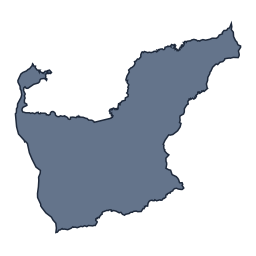 La Gloria, Cesar, Colombia
{"feature_id": "7082276B41841222112107", "entity_name": "La Gloria", "entity_type": "district", "adm_level": 2, "iso_a3": "COL", "parent_name": "Colombia", "parent_adm1": "Cesar", "projection": "orthographic", "projection_center": [-73.641, 8.636], "detail": "fine", "context": "isolated", "style": "filled", "palette": "slate", "viewbox_px": 256, "rotation_deg": 0, "n_neighbors": 0, "source": "geoboundaries", "source_scale": "gbopen_adm2", "svg_char_len": 5715}
<svg xmlns="http://www.w3.org/2000/svg" viewBox="0 0 256 256"><path d="M15.4,113.8L16.6,126.8L18.5,134.0L24.0,140.1L24.7,141.8L25.3,141.3L27.4,143.5L29.4,152.9L32.0,159.1L36.0,167.1L40.4,170.4L40.2,173.3L38.6,177.2L38.8,180.5L38.4,186.9L37.5,193.5L37.6,197.5L40.7,204.2L40.7,205.8L41.9,207.7L45.9,212.9L51.4,217.1L53.1,220.1L55.8,223.2L56.4,228.0L55.9,232.5L57.4,232.1L59.0,230.0L60.2,229.9L62.1,228.6L62.7,229.2L64.7,229.1L67.7,229.7L71.0,228.3L72.9,226.8L73.4,227.3L75.2,227.1L77.2,227.7L80.9,226.3L82.7,226.7L84.7,225.7L86.8,226.6L88.4,225.5L92.8,225.9L94.1,225.4L95.2,225.5L97.1,222.4L97.1,221.5L95.7,220.5L95.8,219.0L96.3,219.0L96.6,218.3L97.5,218.5L97.4,217.9L98.1,217.4L99.3,217.7L99.6,216.3L100.6,215.6L101.1,214.5L102.1,214.2L102.1,212.5L102.6,212.0L107.0,210.3L108.1,210.6L109.2,209.9L110.7,209.8L111.5,210.1L111.2,211.0L111.6,211.3L113.6,210.5L116.0,211.1L119.2,212.8L120.9,212.3L122.5,214.3L124.6,215.2L125.5,214.3L129.2,213.5L129.8,212.9L131.1,212.2L132.4,212.3L133.5,211.4L136.2,211.1L137.8,211.7L141.2,211.5L143.1,208.5L144.0,208.7L144.7,207.2L144.6,206.5L145.5,206.6L145.9,205.9L147.6,206.1L148.0,203.4L149.0,201.5L150.1,200.6L152.0,200.2L152.9,200.7L154.4,200.6L154.8,199.8L156.6,200.8L160.0,199.8L160.4,200.2L161.9,200.2L163.4,198.4L164.0,198.5L165.8,197.2L165.8,195.7L166.4,194.5L167.2,194.6L167.5,193.7L169.3,192.9L170.2,193.0L170.2,192.2L172.9,190.7L173.2,189.8L174.5,188.6L176.6,188.3L178.1,189.0L181.3,189.5L182.4,189.4L183.8,188.0L182.1,185.4L182.7,184.4L182.1,182.7L180.0,182.9L179.5,182.5L178.6,179.7L177.7,178.2L176.2,176.6L172.1,174.6L170.6,170.2L168.6,169.7L166.0,168.3L166.7,164.3L166.6,162.7L166.0,161.5L165.9,158.2L168.9,154.9L166.8,153.4L164.5,150.8L164.9,149.9L163.9,148.7L163.7,146.3L164.0,145.2L163.2,144.3L165.0,140.3L168.7,134.9L170.2,135.1L172.8,134.5L177.6,130.8L180.1,127.0L181.0,123.4L179.5,122.6L180.1,120.3L179.8,117.4L180.1,115.9L183.5,114.0L184.3,112.0L184.4,108.7L186.7,105.0L188.2,104.0L187.8,101.7L188.6,100.2L189.4,99.9L189.2,99.0L190.0,99.0L190.5,98.5L190.9,99.3L192.5,98.2L193.8,99.1L195.3,98.1L195.0,97.4L195.7,97.5L196.4,96.3L195.9,95.4L197.8,93.9L197.8,92.2L199.1,91.9L199.3,93.1L199.8,93.4L200.7,92.4L201.6,92.1L201.9,91.0L202.8,91.3L203.4,90.7L204.1,91.4L207.6,88.4L207.1,87.7L206.4,83.9L207.6,80.5L207.8,77.4L209.8,73.7L209.9,72.3L210.8,71.3L212.6,67.3L215.8,64.2L216.8,64.1L217.7,64.6L220.0,62.2L222.8,61.6L224.5,59.9L224.9,58.7L229.4,58.0L230.2,58.2L233.3,57.4L238.2,57.6L239.1,55.7L239.2,54.3L238.4,50.9L240.6,47.3L240.6,46.0L238.3,45.0L237.7,44.3L236.8,41.9L235.5,40.6L233.6,36.6L233.3,32.2L231.3,29.6L231.8,26.7L231.3,23.5L229.6,27.9L227.8,28.5L226.9,30.0L226.1,30.4L224.0,30.5L222.3,32.6L222.4,33.8L219.2,35.1L218.0,37.1L216.4,38.3L212.1,38.2L210.1,39.2L205.6,40.2L202.9,39.6L200.3,40.5L199.8,41.1L198.7,40.7L197.6,41.0L196.5,40.1L193.9,39.4L191.6,40.0L190.6,40.8L187.4,41.2L186.6,41.5L186.4,42.1L186.0,41.6L185.0,41.4L184.3,42.0L184.4,43.0L183.6,42.8L184.1,43.8L184.0,44.9L183.1,45.5L182.2,44.8L181.4,45.3L182.0,46.2L182.7,46.0L182.9,46.4L181.7,46.8L181.5,47.5L180.9,46.9L180.3,47.1L179.6,48.8L179.9,49.5L179.0,49.5L179.1,50.1L178.4,50.7L177.0,50.6L177.2,49.5L176.4,48.9L175.2,49.4L175.4,48.1L173.7,48.0L175.2,46.6L174.0,45.8L174.2,45.4L175.4,45.2L174.8,44.5L174.2,44.5L173.6,45.3L171.6,44.5L170.8,45.6L170.9,46.8L170.2,46.2L168.2,46.6L167.9,46.1L167.1,46.7L165.0,47.3L164.8,48.8L164.0,49.6L163.1,49.6L162.3,48.9L159.9,49.2L159.3,49.9L158.6,49.6L157.9,50.4L157.1,50.2L157.6,51.3L156.6,51.9L155.6,51.2L153.8,51.4L153.1,52.0L151.1,52.6L149.3,52.2L147.7,52.6L144.3,51.5L143.4,52.5L142.5,51.9L141.8,52.2L140.8,54.7L140.8,56.9L138.7,59.2L137.5,59.0L135.9,61.1L134.5,61.6L135.1,63.2L134.1,65.6L132.1,67.4L130.9,67.9L128.6,70.1L129.3,72.0L127.0,76.0L125.9,79.7L126.2,80.7L127.5,80.4L127.1,82.6L128.8,84.8L127.8,87.3L128.5,88.1L127.7,90.1L127.7,91.8L126.7,93.0L128.3,94.6L128.0,96.5L125.4,97.9L125.1,100.3L122.0,101.1L121.1,102.4L120.3,102.6L120.0,104.8L119.6,104.7L119.3,103.5L118.6,103.7L118.0,107.2L118.3,107.9L117.6,109.4L116.4,109.5L116.6,109.1L117.6,109.0L117.4,108.3L116.0,108.8L114.6,108.5L114.5,109.1L113.4,108.1L112.3,108.8L112.3,109.6L111.4,109.9L110.9,109.7L111.2,109.0L110.1,109.4L109.3,111.0L109.9,111.5L110.0,113.5L110.9,113.9L111.5,113.3L111.5,114.2L112.0,114.7L111.6,115.4L112.5,115.4L113.0,115.9L112.2,116.8L112.3,117.3L111.3,117.4L111.1,118.2L94.2,122.3L93.8,121.4L91.8,120.2L88.7,120.1L86.9,118.4L86.0,118.4L83.2,117.3L79.7,117.1L79.5,116.4L78.6,116.7L78.3,116.2L78.0,117.0L77.1,116.5L76.2,117.6L72.9,117.1L70.5,117.3L70.4,119.1L69.4,119.4L68.2,118.9L67.8,117.9L67.0,117.2L65.7,116.5L65.0,116.5L64.7,115.8L62.7,116.4L60.5,115.8L59.0,116.7L57.2,116.5L55.6,115.3L55.1,113.2L54.4,112.3L53.0,111.5L51.5,111.7L50.4,113.0L50.2,114.4L48.3,115.3L47.8,114.8L46.4,114.8L46.2,113.8L45.0,113.2L41.3,113.2L40.6,112.9L40.1,113.7L39.6,113.7L38.6,113.5L38.1,112.4L37.8,112.7L37.0,112.4L34.8,113.7L32.4,112.9L30.5,113.4L29.7,112.8L25.9,112.8L22.7,111.9L21.9,110.0L22.4,108.2L23.2,107.2L26.9,105.4L26.7,104.1L24.4,102.7L24.4,99.7L25.1,98.1L24.4,95.9L25.2,94.0L23.5,90.6L23.9,87.7L25.0,86.8L26.2,88.3L27.9,88.3L33.7,84.3L38.2,83.0L39.5,81.8L40.2,79.5L41.1,78.9L43.6,78.5L45.3,79.0L46.5,80.3L46.9,79.0L45.4,77.8L45.8,76.5L45.4,74.3L47.5,73.4L48.9,73.6L50.7,72.6L50.2,73.4L50.6,73.5L51.5,72.4L49.5,70.1L47.5,70.7L47.8,72.2L46.9,72.2L46.3,71.3L45.1,71.3L43.9,72.8L43.2,72.6L43.0,73.3L40.6,71.9L40.0,71.0L39.3,71.1L39.2,71.9L38.8,71.0L39.7,70.2L37.2,70.1L35.2,67.5L35.5,66.2L33.4,65.9L33.2,64.4L32.6,63.8L32.2,65.5L29.7,68.6L28.0,69.5L26.5,70.9L22.8,72.5L20.9,74.0L17.9,80.5L18.0,82.2L20.1,86.4L20.2,89.0L21.1,90.5L21.7,94.7L21.0,97.5L17.6,103.9L17.4,107.3L16.5,108.6L16.4,112.1L16.0,113.3L15.4,113.8Z" fill="#64748b" stroke="#1e293b" stroke-width="1.5"/></svg>